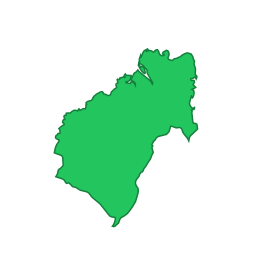 Dhaka, Robinson projection, rotated 207°
{"feature_id": "BGD-1806", "entity_name": "Dhaka", "entity_type": "Division", "adm_level": 1, "iso_a3": "BGD", "parent_name": "Bangladesh", "parent_adm1": "", "projection": "robinson", "projection_center": [90.348, 24.137], "detail": "fine", "context": "isolated", "style": "filled", "palette": "green", "viewbox_px": 256, "rotation_deg": 207, "n_neighbors": 0, "source": "natural_earth", "source_scale": "10m", "svg_char_len": 5579}
<svg xmlns="http://www.w3.org/2000/svg" viewBox="0 0 256 256"><g transform="rotate(207 128 128)"><path d="M97.3,33.4L97.0,35.5L97.2,38.1L97.8,40.7L98.6,42.2L99.6,42.4L101.8,41.4L104.3,41.3L118.5,47.7L128.6,50.0L133.6,52.3L135.8,52.4L142.3,50.9L147.6,51.4L150.2,50.7L151.1,50.7L151.8,50.9L153.2,51.6L155.6,52.1L156.1,52.0L156.5,51.8L157.2,51.0L157.5,50.8L158.6,51.0L159.4,51.5L160.2,52.1L161.1,52.6L162.9,52.9L170.2,51.8L170.0,55.0L170.9,58.3L170.9,59.3L170.7,60.0L170.0,61.1L169.5,62.4L168.7,65.1L172.9,72.4L174.8,73.3L182.4,72.4L183.3,75.8L183.7,77.3L184.0,80.7L183.5,84.6L183.9,85.9L184.3,86.1L184.6,86.1L184.9,86.0L185.4,85.9L187.4,86.0L188.1,86.4L188.4,86.9L188.7,87.8L188.7,88.4L188.5,88.8L188.2,89.2L188.0,89.7L188.0,90.2L188.0,90.6L187.9,91.1L187.7,91.5L187.2,91.8L186.6,92.0L186.2,92.3L186.2,92.8L187.0,93.9L187.4,94.7L187.8,95.2L188.1,95.5L189.3,96.1L188.4,98.6L187.7,100.0L187.2,100.8L186.7,101.4L186.5,101.5L186.5,101.8L186.5,102.1L187.0,102.7L187.5,103.0L188.2,103.0L188.9,103.4L189.2,104.8L189.3,105.2L189.2,106.1L188.2,106.9L189.6,108.3L190.0,108.7L190.3,109.3L190.4,109.9L190.1,110.6L189.6,110.7L188.9,111.5L189.8,113.0L188.4,114.1L186.2,115.1L185.3,117.6L184.8,118.2L184.3,119.0L183.5,119.7L182.4,120.1L181.1,120.2L180.5,120.5L180.5,121.3L180.7,122.2L180.5,122.7L180.0,122.8L179.6,122.6L178.7,121.9L176.6,125.0L175.8,125.3L175.1,125.6L174.7,125.8L175.0,127.3L174.9,127.6L176.0,129.4L175.6,130.4L176.8,131.2L176.4,132.8L175.1,134.3L174.1,135.0L173.3,135.8L172.7,137.6L173.0,139.0L172.7,140.8L171.4,143.9L168.9,147.6L168.1,148.3L167.5,148.7L167.1,148.6L166.7,148.5L166.3,148.2L164.8,147.2L164.4,147.4L163.9,147.6L163.6,147.8L163.1,147.8L161.1,147.8L160.6,147.8L160.2,148.0L159.8,148.3L159.4,148.7L159.0,149.1L158.8,149.7L158.7,150.3L159.1,151.9L159.1,152.5L159.0,153.0L157.7,156.7L156.7,158.3L156.5,159.0L156.8,159.5L157.7,160.2L158.1,160.5L158.3,161.0L158.5,161.5L158.5,162.1L158.0,163.1L157.4,163.7L159.1,165.5L159.7,166.4L159.5,166.8L158.5,166.9L157.8,167.3L157.5,168.0L158.0,168.8L157.3,169.6L155.9,170.5L155.3,171.4L155.3,171.5L154.9,171.4L153.8,171.4L153.6,171.8L154.2,172.4L155.3,173.4L154.9,175.0L153.7,174.3L153.0,174.2L151.8,175.0L150.2,175.6L149.2,176.2L148.9,176.0L148.0,173.0L148.2,170.9L149.3,169.2L150.9,168.3L150.5,167.8L150.4,168.1L150.0,168.3L149.5,167.6L148.4,167.8L146.1,168.8L146.4,169.9L146.1,170.5L145.3,170.8L144.3,170.9L143.2,170.8L142.4,170.5L140.8,169.4L141.3,170.5L142.2,171.3L143.3,171.7L144.3,171.9L146.7,172.0L147.2,172.6L147.4,179.3L147.2,180.1L146.7,180.6L146.2,181.7L145.8,183.0L145.6,184.2L143.5,183.2L130.9,180.5L128.4,179.6L126.2,178.0L126.1,178.9L126.8,179.7L135.1,185.1L136.1,186.0L136.7,186.9L137.1,187.8L137.7,188.6L139.7,189.0L141.5,190.0L142.5,190.4L146.7,190.9L147.3,191.4L149.2,194.4L149.4,195.7L149.7,198.3L149.4,197.9L148.9,197.2L148.3,196.5L148.6,197.9L148.9,202.4L148.7,204.1L146.9,206.8L146.5,207.3L145.8,207.1L145.6,206.4L145.9,205.7L146.5,205.2L146.5,204.7L146.1,204.7L145.4,205.7L144.7,206.4L143.8,206.9L142.5,207.3L140.1,207.2L139.3,207.5L139.0,208.8L139.1,209.2L138.9,209.4L138.6,210.1L138.4,210.4L137.3,211.1L135.6,210.2L134.7,209.3L133.3,208.1L132.0,207.8L131.2,207.6L130.2,208.0L129.5,208.5L128.9,209.7L129.5,209.8L130.5,209.7L131.1,210.1L131.1,211.4L131.0,211.7L130.7,212.1L130.5,212.6L130.0,213.1L129.4,214.3L128.7,214.8L128.3,214.8L127.8,214.9L127.0,214.6L126.1,213.9L124.8,212.3L124.5,211.0L124.3,209.1L124.1,208.5L123.7,208.0L123.2,207.7L122.5,207.6L119.3,208.2L118.7,209.4L118.2,210.8L117.0,211.5L115.9,212.6L115.4,213.5L114.1,214.8L113.8,215.3L112.9,217.4L111.3,219.8L109.8,221.4L108.9,222.0L107.8,222.2L105.5,222.6L105.4,222.6L102.8,221.1L102.3,220.6L101.0,219.0L100.6,218.8L99.6,218.3L99.3,218.0L99.0,217.5L98.6,216.1L98.4,215.4L97.5,214.2L95.4,212.1L94.4,210.8L92.9,207.2L92.2,206.2L91.7,205.9L90.6,205.7L90.1,205.2L89.8,204.7L89.6,204.1L89.5,203.4L89.5,202.6L90.8,203.8L91.5,204.0L91.9,202.9L92.9,201.4L93.3,201.1L94.2,200.8L94.4,200.2L94.0,199.5L93.1,199.1L92.4,199.3L91.8,199.8L91.2,200.2L90.4,200.1L89.5,198.8L89.7,197.2L89.5,196.0L86.1,195.0L86.7,193.8L87.9,192.5L88.7,191.3L86.7,191.4L85.1,189.4L84.2,186.5L84.2,184.1L84.7,184.1L85.0,184.6L85.2,184.8L86.0,185.2L84.8,179.1L84.3,177.6L83.0,176.3L81.0,175.1L79.1,174.9L78.1,176.5L77.8,176.1L77.7,175.6L77.6,175.1L77.7,174.5L78.1,174.2L79.0,173.5L79.6,172.8L79.2,172.4L78.5,172.1L78.2,171.3L77.9,170.3L77.5,169.6L76.7,168.6L72.8,162.5L72.2,162.2L71.3,162.2L70.3,162.6L68.4,162.7L65.8,159.1L65.6,158.4L68.9,149.2L69.0,147.7L68.9,147.1L68.0,144.1L70.1,145.7L75.8,148.3L77.3,149.2L79.9,151.7L81.5,152.0L82.6,151.7L84.6,150.3L85.6,149.9L89.2,149.5L90.7,149.1L90.7,148.2L90.0,144.8L89.8,143.6L90.1,142.0L90.9,139.7L96.5,134.8L97.3,134.0L97.9,133.0L98.3,132.0L98.5,129.3L99.2,128.1L99.0,127.9L99.1,126.9L99.3,125.8L99.1,125.3L99.1,125.0L99.2,124.3L98.9,123.6L97.8,123.3L97.8,121.7L97.7,121.3L97.5,121.0L96.8,120.4L95.1,118.4L95.0,118.2L94.6,117.9L94.4,117.7L94.4,117.0L94.4,114.1L94.0,111.2L94.0,110.5L94.6,105.1L94.7,102.3L95.2,100.0L95.3,98.5L95.2,97.1L95.1,96.2L95.4,95.4L96.1,94.5L96.6,92.6L96.6,91.7L96.3,90.2L96.4,89.4L97.1,86.0L97.0,84.4L96.7,83.1L96.3,82.3L95.8,81.6L94.6,80.4L92.7,79.4L91.6,78.6L90.9,77.8L90.1,76.0L89.5,74.5L88.0,66.4L87.9,65.8L88.3,59.5L88.9,55.6L89.7,51.6L91.2,48.4L91.8,47.4L92.5,46.4L93.5,44.9L93.8,43.1L93.3,39.0L94.8,35.3L94.9,34.8L95.3,34.2L96.2,33.6L97.3,33.4L97.3,33.4ZM143.8,188.8L142.7,189.4L141.5,189.1L140.3,188.1L138.3,185.9L137.6,184.8L137.8,184.1L139.4,184.2L141.8,185.0L144.8,186.8L147.3,188.7L147.8,190.4L145.5,188.5L144.2,188.0L143.8,188.8Z" fill="#22c55e" stroke="#15803d" stroke-width="1.5"/></g></svg>